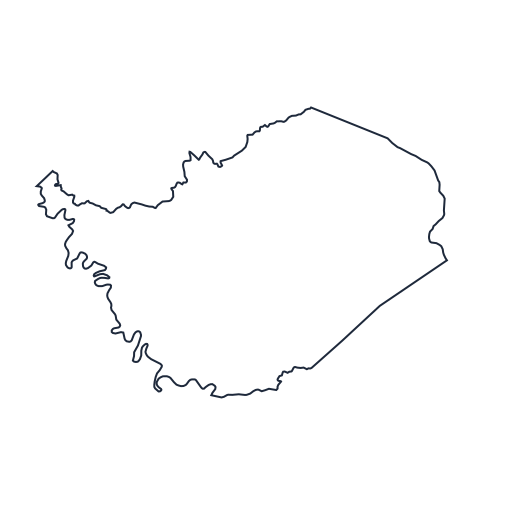 Bonito Oriental, Colón, Honduras (Robinson projection), rotated 255°
{"feature_id": "27666195B94434942697031", "entity_name": "Bonito Oriental", "entity_type": "district", "adm_level": 2, "iso_a3": "HND", "parent_name": "Honduras", "parent_adm1": "Colón", "projection": "robinson", "projection_center": [-85.72, 15.712], "detail": "fine", "context": "isolated", "style": "outline", "palette": "slate", "viewbox_px": 512, "rotation_deg": 255, "n_neighbors": 0, "source": "geoboundaries", "source_scale": "gbopen_adm2", "svg_char_len": 6028}
<svg xmlns="http://www.w3.org/2000/svg" viewBox="0 0 512 512"><g transform="rotate(255 256 256)"><path d="M133.1,176.8L128.3,186.1L128.3,188.6L129.2,192.1L129.2,193.2L128.0,197.2L126.9,203.6L124.7,209.2L124.3,210.9L124.6,214.8L126.1,218.4L126.7,221.0L126.6,222.7L126.2,223.9L123.9,226.5L124.0,230.1L124.4,234.1L121.3,240.9L122.3,242.5L124.2,243.0L125.8,244.2L128.2,247.7L128.7,247.5L129.4,245.8L130.1,245.0L130.9,244.8L131.8,245.3L133.9,247.6L134.0,250.1L136.5,251.6L137.2,252.3L137.0,253.8L135.0,256.3L135.6,258.2L135.3,260.4L135.6,260.9L138.3,263.4L138.7,264.2L138.7,265.0L137.5,267.0L136.3,270.1L135.9,273.1L133.5,275.8L133.9,277.6L133.3,279.3L133.5,280.7L151.8,317.2L175.8,362.7L202.4,439.3L204.8,438.5L208.5,437.8L210.8,437.7L214.2,438.1L217.5,437.5L219.2,436.2L221.7,433.6L223.6,429.0L224.1,428.4L225.3,427.7L228.1,427.7L229.6,428.0L232.4,429.1L234.5,430.4L236.4,433.6L239.0,435.3L240.0,437.6L242.5,441.6L244.4,445.9L246.7,448.1L247.8,448.7L251.4,449.3L262.6,453.1L265.7,452.5L269.6,450.4L271.3,449.8L277.3,451.8L279.9,452.2L281.8,451.5L292.4,450.6L297.3,448.6L300.8,446.7L302.1,445.6L306.0,440.9L311.3,436.1L314.3,432.2L322.9,423.1L324.5,420.9L329.8,416.9L335.6,413.6L385.2,347.6L384.3,346.3L384.6,344.8L384.4,341.6L382.9,339.6L381.3,335.8L381.7,333.9L381.3,330.9L382.1,326.9L381.6,324.3L381.2,323.2L379.1,320.2L378.4,318.2L378.5,317.2L379.6,315.3L380.7,310.9L379.8,308.9L379.5,307.3L379.9,303.4L378.0,301.3L377.8,300.5L378.3,299.8L380.2,298.5L379.2,296.1L379.2,295.2L379.5,294.3L379.3,293.6L378.5,293.0L376.2,292.2L375.6,291.5L376.2,289.4L376.3,288.1L375.7,286.4L374.1,284.1L375.1,279.3L374.4,278.7L371.2,278.2L368.3,277.1L364.0,274.2L361.4,269.6L358.6,260.8L357.3,258.8L356.8,251.7L356.8,246.4L356.2,246.1L355.3,246.0L352.2,246.7L351.8,246.3L351.3,244.7L351.6,243.6L352.2,242.8L354.5,242.5L355.3,242.1L355.6,240.2L356.3,239.3L357.2,238.9L359.0,239.1L360.8,238.8L365.3,236.0L369.6,234.0L369.9,233.1L369.6,231.9L367.9,230.5L365.5,227.5L363.9,226.1L363.8,225.6L369.2,222.4L373.5,219.5L373.9,218.8L372.7,218.3L368.6,218.4L365.5,217.6L365.2,216.7L366.0,212.7L365.9,211.4L365.1,210.3L363.2,209.2L361.2,208.8L355.8,208.6L351.5,207.8L347.5,209.1L345.8,208.5L345.1,207.2L345.8,204.9L344.3,203.4L344.7,202.8L346.5,201.3L347.2,199.8L347.2,199.0L346.2,197.9L344.5,196.7L343.5,195.6L343.2,194.5L343.5,192.3L343.3,191.7L342.4,191.7L340.2,192.6L334.6,191.4L332.1,188.6L331.7,187.4L331.6,186.0L332.8,179.8L330.5,174.3L328.3,171.5L328.7,170.6L330.3,169.0L331.4,165.7L333.3,162.1L335.4,159.0L339.1,152.4L339.0,150.8L338.4,149.2L337.7,148.4L335.6,146.8L335.2,145.5L335.5,144.6L336.2,143.8L338.0,142.4L340.1,141.5L340.4,140.6L339.0,138.5L338.4,136.8L338.4,135.2L337.8,133.3L335.3,129.4L335.3,126.6L335.8,125.9L338.1,124.1L338.5,123.3L339.6,123.6L340.2,123.2L342.6,119.0L344.6,117.9L346.4,114.5L349.0,111.8L350.4,109.3L351.0,108.8L352.6,108.3L352.6,106.7L351.2,104.1L351.4,103.1L352.0,101.6L351.4,99.3L350.7,97.6L351.1,96.2L352.4,94.8L353.3,94.6L354.0,93.4L355.1,93.1L356.9,93.6L360.3,95.9L361.4,96.1L361.9,95.0L362.8,94.4L363.2,90.6L364.6,89.3L368.2,86.9L369.6,85.2L370.4,85.0L371.7,85.7L373.1,85.4L375.0,85.7L375.5,80.7L375.9,80.1L376.4,80.1L377.2,81.1L377.1,83.3L377.7,84.2L381.5,84.1L385.6,85.4L387.3,85.0L389.5,82.3L390.7,81.6L380.2,62.3L378.9,65.4L377.4,66.6L376.8,66.6L374.0,64.8L371.8,64.2L369.9,64.7L366.7,66.3L364.5,66.4L363.3,66.0L362.7,65.1L362.3,63.5L362.3,59.7L362.0,59.0L361.5,58.9L360.4,59.4L358.4,63.9L357.4,65.0L355.0,65.4L350.7,63.9L348.5,64.4L345.2,69.2L344.8,70.7L345.1,71.7L348.2,75.3L350.9,80.3L351.2,81.7L351.0,83.2L350.5,83.8L349.7,83.8L345.1,81.5L342.5,81.0L341.5,81.3L340.4,82.2L339.6,83.5L339.2,85.0L339.2,88.7L338.8,89.5L338.3,89.8L336.7,89.2L335.2,87.5L334.2,82.8L332.6,83.2L329.2,85.4L327.5,85.8L325.0,84.0L322.6,80.2L320.2,77.3L318.9,75.9L316.9,74.6L315.2,74.3L312.4,74.9L310.2,75.8L307.4,75.8L304.7,74.7L300.3,71.4L298.3,70.4L296.5,70.1L294.3,70.8L293.3,71.4L292.4,72.5L292.1,73.7L292.3,74.5L293.0,75.1L297.4,76.2L298.2,76.8L299.1,78.2L299.9,82.6L304.2,86.4L304.8,87.3L304.7,88.3L304.1,89.6L302.4,91.6L300.6,92.5L299.3,92.6L298.0,92.3L297.2,91.7L295.5,88.7L294.5,87.4L293.3,86.7L290.9,86.3L289.5,86.5L288.3,87.2L287.7,88.5L287.8,90.5L289.4,94.5L292.0,97.2L292.3,98.3L291.7,99.2L289.5,101.3L285.9,106.7L283.8,108.3L282.6,107.8L281.5,106.4L281.7,100.9L281.1,97.0L280.3,95.0L279.1,94.2L278.3,94.3L278.1,94.7L278.8,100.6L278.3,103.7L275.9,107.2L273.5,108.9L272.7,108.5L272.6,107.4L274.2,103.7L275.0,100.8L275.1,99.5L274.7,97.5L273.6,94.2L272.4,93.5L271.0,93.5L269.5,94.0L268.5,94.9L267.6,96.2L266.7,99.8L267.0,103.9L266.8,105.5L266.0,107.7L265.0,108.3L263.0,107.6L261.1,105.4L258.4,102.9L256.5,102.1L255.0,101.9L253.0,102.1L248.9,103.5L247.1,103.8L245.2,103.4L243.7,102.6L241.2,102.5L236.1,104.8L234.7,105.0L230.7,104.6L225.9,106.8L224.2,106.9L223.1,106.1L222.5,104.8L222.9,100.2L222.6,98.9L221.5,97.4L219.9,97.0L218.7,97.8L217.5,100.2L217.4,105.9L216.4,108.0L210.2,107.7L208.6,108.0L207.1,109.0L205.9,111.4L205.9,112.7L206.7,114.1L211.8,117.8L213.4,119.8L213.9,121.2L213.9,122.6L213.3,123.7L212.3,124.4L209.5,124.5L208.3,124.1L200.1,118.8L194.6,113.4L190.9,112.3L186.8,110.0L185.5,110.9L184.7,112.6L184.5,114.4L185.2,115.7L186.4,117.2L189.6,119.4L194.2,120.7L197.1,122.2L198.2,123.6L199.3,125.7L199.6,127.1L199.2,128.1L198.5,128.3L197.5,128.1L194.8,126.0L192.0,124.4L190.4,124.4L188.1,124.9L186.5,125.7L183.5,128.0L176.6,135.7L175.3,136.5L174.4,136.7L173.3,136.2L170.6,133.4L168.2,130.0L165.1,127.8L160.9,125.6L157.9,124.4L155.8,123.9L154.2,124.3L150.4,126.8L150.1,128.1L150.7,129.6L151.4,130.0L152.1,129.9L154.5,128.0L156.4,127.1L157.8,126.9L159.4,127.3L160.2,127.7L162.7,130.2L163.5,132.4L163.9,134.9L162.9,138.8L161.7,140.6L160.4,141.8L155.3,144.1L152.3,145.9L150.9,147.8L149.7,149.9L149.2,152.3L149.6,154.8L150.4,156.1L152.6,158.8L153.4,160.5L153.4,162.0L152.8,164.5L152.3,165.4L151.6,165.9L143.5,168.9L142.3,169.5L141.6,170.2L141.3,171.4L142.4,173.4L143.7,176.9L143.9,179.1L143.5,180.7L141.3,182.6L139.9,183.0L138.0,182.2L135.1,178.5L133.1,176.8Z" fill="none" stroke="#1e293b" stroke-width="2"/></g></svg>